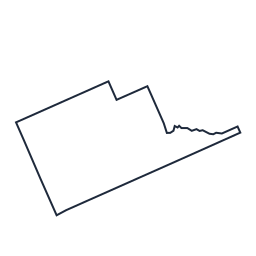 Jefferson, Idaho, United States of America, rotated 336°
{"feature_id": "52423323B94431065830761", "entity_name": "Jefferson", "entity_type": "district", "adm_level": 2, "iso_a3": "USA", "parent_name": "United States of America", "parent_adm1": "Idaho", "projection": "robinson", "projection_center": [-112.06, 43.841], "detail": "fine", "context": "isolated", "style": "outline", "palette": "slate", "viewbox_px": 256, "rotation_deg": 336, "n_neighbors": 0, "source": "geoboundaries", "source_scale": "gbopen_adm2", "svg_char_len": 525}
<svg xmlns="http://www.w3.org/2000/svg" viewBox="0 0 256 256"><g transform="rotate(336 128 128)"><path d="M27.9,97.4L27.4,138.0L27.3,178.7L38.2,177.9L60.6,177.9L161.5,178.0L228.7,177.9L228.7,171.2L211.5,171.2L206.6,168.2L203.4,168.4L200.1,166.4L195.3,160.4L192.2,159.8L190.1,156.9L185.1,156.5L182.2,152.2L176.8,149.8L175.6,146.8L173.5,147.7L171.5,145.2L168.4,149.0L164.6,149.6L161.5,148.3L162.6,138.2L162.7,107.8L162.7,97.7L129.0,97.6L129.1,77.4L28.0,77.3L27.9,97.4Z" fill="none" stroke="#1e293b" stroke-width="2"/></g></svg>